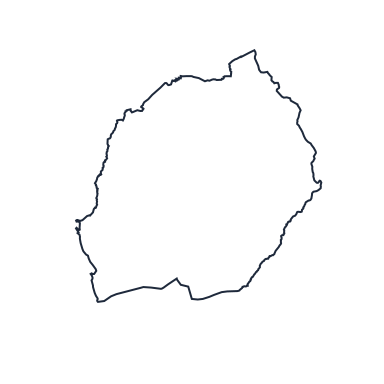 Ningi, Bauchi, Nigeria, rotated 333°
{"feature_id": "59680162B85522063023223", "entity_name": "Ningi", "entity_type": "district", "adm_level": 2, "iso_a3": "NGA", "parent_name": "Nigeria", "parent_adm1": "Bauchi", "projection": "robinson", "projection_center": [9.239, 11.022], "detail": "fine", "context": "isolated", "style": "outline", "palette": "slate", "viewbox_px": 384, "rotation_deg": 333, "n_neighbors": 0, "source": "geoboundaries", "source_scale": "gbopen_adm2", "svg_char_len": 6000}
<svg xmlns="http://www.w3.org/2000/svg" viewBox="0 0 384 384"><g transform="rotate(333 192 192)"><path d="M190.2,90.3L188.4,91.5L187.8,92.3L185.6,92.8L185.3,93.1L186.5,95.5L186.2,95.7L186.4,95.9L186.0,96.3L185.5,96.3L184.3,97.1L182.8,96.4L180.4,94.3L175.0,93.9L174.5,93.7L174.5,92.4L174.2,92.0L174.2,91.4L174.5,91.1L174.8,90.4L171.0,89.5L170.8,90.0L169.4,89.9L169.3,90.4L167.6,91.2L167.2,91.9L167.1,92.9L166.7,93.5L165.7,94.4L164.4,95.8L162.9,96.9L162.1,95.7L160.0,94.8L157.9,94.2L157.4,94.5L157.4,95.2L157.1,96.1L156.5,96.7L155.1,97.1L154.3,98.6L153.2,99.9L152.2,100.4L151.4,101.5L149.4,102.2L148.8,103.0L148.0,103.4L146.2,103.9L145.3,104.8L144.8,105.8L144.1,106.5L143.2,106.9L141.4,106.7L140.8,106.8L138.5,110.8L138.6,111.8L138.3,112.7L138.7,113.3L137.4,114.1L137.1,114.8L136.6,115.4L135.9,115.6L135.3,117.1L134.0,117.8L133.8,118.4L133.1,119.2L132.9,120.6L132.4,121.4L131.7,121.6L131.7,123.4L130.0,124.3L129.1,124.2L128.7,124.4L128.4,125.6L128.1,125.7L127.1,125.4L126.5,125.7L125.4,127.3L125.1,128.0L125.2,128.6L124.3,129.7L123.8,129.7L123.2,130.0L123.2,130.6L122.2,131.8L120.5,132.2L120.0,132.5L119.3,134.1L119.0,134.2L119.1,135.1L118.4,135.3L118.0,135.2L118.1,134.8L117.9,134.5L116.7,134.9L116.4,135.4L115.9,135.6L115.4,135.3L113.9,136.4L113.2,137.4L111.2,139.2L110.8,139.3L109.5,140.1L109.8,141.9L109.3,142.6L109.6,143.4L108.9,145.0L109.2,145.6L108.9,146.1L109.4,146.4L108.3,147.7L107.9,147.9L107.8,148.2L108.0,148.4L107.4,149.1L107.2,150.4L106.8,150.6L106.5,151.5L105.1,153.1L104.2,153.7L103.9,154.2L104.1,154.8L104.0,155.5L103.6,155.7L103.2,156.5L103.2,157.2L101.9,158.9L101.7,160.3L101.0,160.6L99.2,162.4L98.8,162.4L98.5,161.9L96.7,162.7L94.5,165.2L90.7,166.6L90.7,166.3L87.6,165.8L81.5,167.4L80.9,167.2L79.5,167.1L78.9,166.5L78.4,166.3L77.4,165.0L76.8,164.7L75.8,164.8L75.7,166.0L77.1,166.6L77.7,167.0L78.0,168.8L75.5,173.0L74.9,174.6L73.8,174.6L72.9,171.5L72.1,171.8L72.6,176.5L71.4,176.7L71.9,178.0L72.4,178.9L71.9,180.9L70.9,182.7L69.6,187.0L68.5,193.0L68.3,195.6L69.2,199.6L70.4,201.5L69.8,204.3L69.6,208.1L70.4,211.8L71.2,217.0L70.9,218.8L67.6,220.6L66.4,220.1L65.6,218.9L64.5,219.0L64.8,220.8L64.6,222.9L64.0,224.0L63.2,224.7L62.4,225.1L61.3,230.4L60.7,231.6L59.5,237.7L59.3,240.9L59.6,244.0L59.2,244.8L58.7,245.1L58.2,245.7L58.1,246.5L58.3,247.2L64.3,249.3L72.6,248.2L78.3,248.7L102.9,254.1L105.5,254.6L112.2,258.6L120.4,264.2L121.4,264.4L123.3,264.3L128.9,263.4L139.1,262.2L138.9,263.4L139.9,269.6L145.7,274.6L143.3,287.2L148.3,290.4L153.1,292.2L159.8,293.3L165.0,293.7L173.0,294.7L178.3,296.6L187.7,301.0L189.5,301.3L190.2,300.9L193.0,300.3L194.0,299.4L194.8,299.8L195.2,299.6L196.0,299.8L196.5,300.3L197.6,300.7L197.9,300.7L198.4,300.3L199.1,300.8L200.0,299.1L201.3,298.6L202.4,297.9L202.8,297.8L203.2,297.9L203.8,297.6L204.5,296.5L204.8,296.3L205.0,296.5L206.1,295.4L206.9,295.1L207.3,295.3L208.0,295.0L210.2,293.6L210.9,293.5L212.7,292.4L213.6,292.4L214.1,291.9L215.4,291.7L216.1,290.8L216.9,290.6L218.4,289.8L218.9,288.5L220.6,287.2L222.4,286.6L223.1,286.1L224.8,286.1L225.3,285.6L226.9,285.1L227.3,285.1L227.7,285.4L228.2,285.4L229.6,286.0L229.9,285.6L230.5,285.2L231.3,285.2L231.7,284.5L232.1,284.3L233.2,284.8L235.0,284.7L235.5,285.1L237.3,284.6L237.6,284.2L239.8,282.4L244.3,280.4L245.9,279.3L246.9,279.0L247.7,278.5L248.2,278.0L248.3,277.3L248.8,276.3L249.2,275.8L249.2,275.4L249.4,275.0L250.3,274.7L251.1,273.5L251.2,272.3L251.4,271.7L252.6,271.4L253.8,271.9L254.3,271.2L254.9,271.2L255.4,270.9L255.6,270.6L255.6,270.0L256.8,268.0L256.7,267.5L256.8,267.2L258.9,265.6L259.7,265.5L261.4,264.5L261.2,264.1L261.3,263.7L262.2,263.8L263.0,263.1L263.6,262.8L263.9,262.4L264.4,262.3L265.5,262.4L265.7,262.8L266.2,262.8L267.0,262.3L267.3,261.5L268.1,261.0L270.9,259.7L273.3,259.9L275.3,258.8L276.3,257.8L276.8,257.6L277.6,257.8L279.7,259.2L280.9,259.3L282.0,257.7L282.8,257.6L283.7,257.2L284.2,256.6L284.2,256.2L285.5,255.6L286.7,254.5L287.4,254.2L288.1,253.3L288.8,252.8L292.0,252.5L292.7,252.8L293.8,252.9L295.4,252.0L297.5,249.2L298.4,247.7L299.3,247.2L300.4,246.9L303.5,247.8L305.6,247.7L308.3,247.1L309.3,245.6L309.6,244.5L311.5,242.3L311.5,240.6L311.0,239.9L310.4,240.0L309.7,240.6L308.3,241.0L307.3,240.3L306.3,237.2L307.2,233.1L307.9,232.2L308.6,230.4L308.7,229.6L308.6,229.1L309.6,226.0L310.7,224.1L311.1,221.2L311.5,220.5L312.2,220.1L314.0,219.6L315.8,218.2L316.4,218.0L316.7,215.6L320.1,213.5L320.4,212.8L320.6,211.8L320.5,208.0L319.9,204.7L319.8,202.7L318.0,199.8L317.2,197.0L317.1,195.6L317.1,193.3L317.6,188.7L317.5,185.0L317.3,183.6L317.4,181.5L316.6,179.2L317.4,177.6L318.0,177.1L318.5,175.7L320.8,173.9L323.7,170.3L325.9,168.5L325.9,166.3L325.5,162.7L325.8,161.9L321.5,155.5L321.9,153.0L319.4,150.7L316.6,149.6L315.3,147.6L315.3,147.3L313.4,140.4L314.2,139.2L316.8,138.8L317.4,138.0L317.5,136.8L317.9,136.2L318.1,133.8L316.2,132.8L314.7,132.5L314.5,130.8L313.9,130.2L313.5,128.5L315.2,125.7L314.2,123.1L314.3,122.5L313.7,120.6L313.7,119.2L310.1,118.1L307.9,116.7L307.6,115.5L307.3,113.5L308.3,109.6L308.7,101.5L309.6,99.8L311.3,98.3L312.0,96.1L311.9,94.0L307.0,93.9L297.1,94.0L297.1,93.5L292.0,93.7L290.9,93.4L287.3,93.7L283.3,94.8L283.2,95.2L283.0,95.4L283.1,96.5L282.8,97.2L282.2,97.5L282.0,98.5L282.1,100.0L281.5,100.1L281.3,100.7L281.2,101.6L281.5,102.6L281.3,102.7L281.0,103.8L280.4,104.3L280.1,105.1L279.1,106.5L276.8,105.2L273.6,103.7L272.5,103.8L272.6,104.3L272.1,104.5L271.8,105.1L271.3,105.3L270.0,104.7L269.7,105.2L269.2,105.4L264.8,103.4L263.7,102.1L263.3,102.0L262.5,101.4L261.1,101.0L258.1,100.8L256.6,99.6L253.8,99.2L249.8,93.6L245.6,90.2L244.4,88.7L239.8,86.3L236.2,84.7L234.6,83.5L234.2,84.2L234.0,85.3L233.6,85.6L233.1,84.8L232.2,84.2L231.9,84.9L231.9,85.3L231.5,85.6L231.0,84.9L229.9,84.2L230.2,85.4L230.0,85.8L229.6,85.9L229.3,85.6L228.8,84.8L228.3,84.6L227.9,84.6L228.1,85.5L227.9,85.9L227.5,86.0L226.7,84.9L226.2,84.6L225.9,84.7L225.5,84.4L225.4,83.8L225.1,83.7L222.2,86.6L220.4,86.4L219.4,86.0L219.1,85.2L218.9,83.9L218.4,83.1L217.3,82.7L211.2,84.7L200.6,87.4L195.1,89.5L190.2,90.3Z" fill="none" stroke="#1e293b" stroke-width="2"/></g></svg>